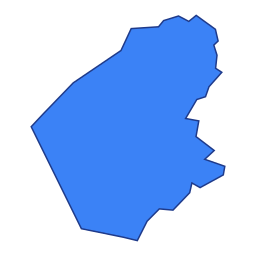 Doddridge, West Virginia, United States of America (Natural Earth projection)
{"feature_id": "52423323B8788265291879", "entity_name": "Doddridge", "entity_type": "district", "adm_level": 2, "iso_a3": "USA", "parent_name": "United States of America", "parent_adm1": "West Virginia", "projection": "natural_earth1", "projection_center": [-80.633, 39.271], "detail": "fine", "context": "isolated", "style": "filled", "palette": "blue", "viewbox_px": 256, "rotation_deg": 0, "n_neighbors": 0, "source": "geoboundaries", "source_scale": "gbopen_adm2", "svg_char_len": 543}
<svg xmlns="http://www.w3.org/2000/svg" viewBox="0 0 256 256"><path d="M123.7,237.3L137.3,240.6L147.1,221.2L159.3,208.9L173.0,210.1L189.7,192.7L191.9,183.0L200.1,187.6L223.3,174.9L224.8,166.3L204.7,159.3L214.2,150.5L196.0,136.6L198.8,120.9L185.6,118.5L196.8,99.5L205.5,96.7L209.0,86.7L221.8,72.3L215.6,68.3L217.0,55.2L213.8,45.1L218.1,41.0L215.4,29.3L196.2,15.4L188.8,21.4L178.5,16.0L163.6,20.6L158.5,26.8L131.2,28.6L121.0,50.5L73.3,82.8L43.7,113.4L31.2,126.7L81.4,228.7L123.7,237.3Z" fill="#3b82f6" stroke="#1e3a8a" stroke-width="1.5"/></svg>